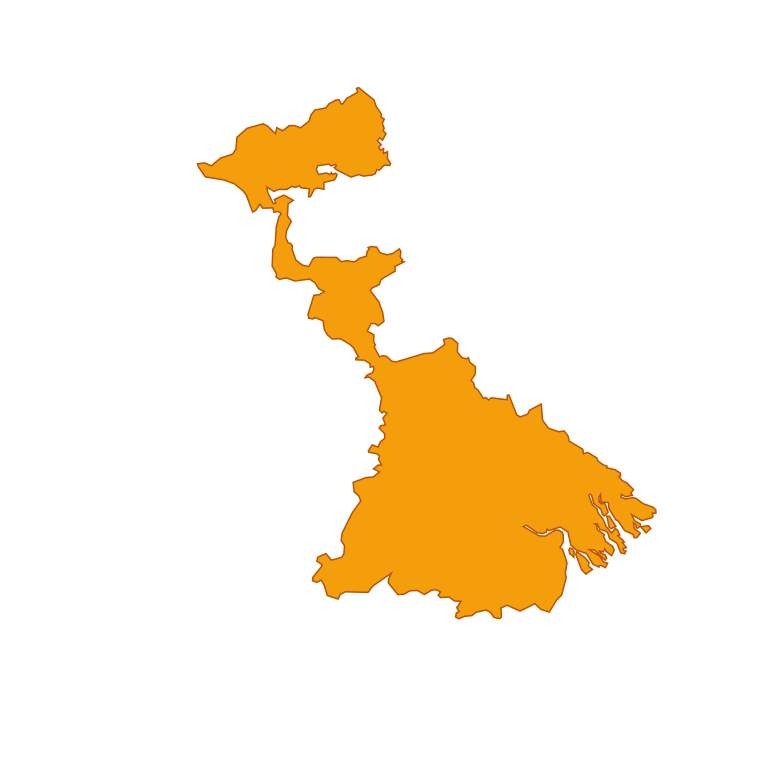 West Bengal, Mercator projection, rotated 317°
{"feature_id": "IND-3257", "entity_name": "West Bengal", "entity_type": "State", "adm_level": 1, "iso_a3": "IND", "parent_name": "India", "parent_adm1": "", "projection": "mercator", "projection_center": [88.164, 24.386], "detail": "fine", "context": "isolated", "style": "filled", "palette": "amber", "viewbox_px": 768, "rotation_deg": 317, "n_neighbors": 0, "source": "natural_earth", "source_scale": "10m", "svg_char_len": 6172}
<svg xmlns="http://www.w3.org/2000/svg" viewBox="0 0 768 768"><g transform="rotate(317 384 384)"><path d="M458.2,103.6L473.1,111.3L474.8,116.3L475.3,127.0L480.4,123.4L482.7,129.7L490.9,130.4L494.5,133.6L497.8,139.8L508.4,140.6L514.0,137.5L520.2,136.4L529.5,142.3L535.3,141.6L542.6,143.6L545.0,145.5L543.7,150.1L544.8,151.0L551.7,149.7L563.8,152.6L565.5,149.0L567.6,150.0L570.4,169.4L567.6,175.7L566.2,184.8L563.7,187.0L564.9,190.4L560.6,192.3L558.5,197.0L556.1,198.3L556.3,202.2L549.2,204.7L548.8,201.1L545.1,201.4L545.2,207.1L541.5,207.4L541.1,210.6L544.3,211.5L540.9,215.0L545.0,216.5L540.2,221.6L539.3,227.0L537.4,228.2L533.4,224.0L526.6,224.5L524.8,222.3L521.1,224.2L517.8,223.1L510.7,217.9L508.4,213.7L501.0,210.2L495.3,194.5L495.2,191.7L497.6,192.2L498.4,190.4L494.0,188.4L493.7,185.6L484.4,179.2L480.9,180.8L479.0,186.2L485.8,190.3L487.2,194.0L489.7,193.5L489.3,195.7L492.1,196.7L492.6,198.6L490.7,199.9L486.7,200.9L477.5,195.5L472.9,200.7L469.1,195.3L465.8,194.0L458.1,196.8L456.5,195.7L462.5,190.3L457.0,183.8L457.4,181.4L453.3,179.8L451.4,176.7L445.5,175.3L439.6,169.8L434.9,168.1L432.6,160.1L429.6,164.7L426.1,176.3L428.0,178.0L429.7,174.3L439.5,177.5L442.9,187.8L436.8,186.8L428.1,195.1L427.2,201.8L417.3,205.5L412.3,209.5L410.1,215.1L411.6,217.6L411.1,220.6L408.8,222.5L404.1,233.2L405.3,241.1L409.0,246.8L418.1,243.8L421.1,245.3L435.7,259.1L436.1,265.4L440.8,268.4L445.9,274.7L451.7,275.2L458.3,278.5L462.0,275.6L465.3,275.2L465.3,273.4L468.1,274.5L472.0,278.9L470.6,285.3L474.4,291.7L480.0,294.7L487.3,295.6L486.7,298.6L482.4,302.2L482.3,305.9L480.6,306.3L482.0,308.4L472.2,305.5L469.1,309.1L455.4,305.9L452.2,305.9L448.5,308.1L440.8,305.7L437.7,306.2L436.3,320.2L431.7,330.9L426.8,338.1L419.5,337.5L418.6,333.7L415.8,330.9L407.8,333.9L410.2,341.1L405.3,346.0L404.3,349.5L402.1,350.2L399.2,361.2L402.5,362.4L404.8,365.8L405.1,372.2L407.3,375.8L434.0,389.0L440.8,394.5L455.4,396.6L457.8,392.2L462.8,394.5L464.9,397.3L465.7,404.6L459.4,410.7L459.0,417.9L461.5,421.8L463.7,422.3L461.6,426.6L462.7,433.7L457.1,439.2L450.2,440.7L450.2,444.3L447.9,448.7L448.7,452.1L446.9,462.3L449.2,463.3L449.6,467.0L453.1,467.3L463.2,479.4L466.6,476.3L467.9,477.3L460.1,496.9L461.1,501.0L468.4,504.0L472.7,502.4L485.3,505.9L475.3,518.6L474.1,528.5L479.2,538.1L483.8,541.2L483.1,547.8L480.5,551.9L484.9,567.4L482.3,571.0L486.3,573.0L489.2,583.0L488.0,586.1L489.1,592.3L491.1,596.2L489.8,597.1L494.6,604.4L496.1,610.4L494.5,612.5L492.9,611.7L492.3,616.9L494.2,622.2L494.5,631.4L490.1,632.3L489.8,634.8L483.8,631.4L482.4,626.7L480.2,628.4L482.0,632.6L488.5,636.8L490.4,639.8L491.8,648.0L496.7,657.5L497.0,661.5L494.8,663.9L492.0,661.5L490.7,664.2L488.9,664.5L479.5,659.9L476.0,648.4L474.1,654.8L476.0,661.2L474.6,662.6L471.1,662.6L470.4,660.9L472.3,659.1L471.6,655.8L468.5,660.5L469.7,668.0L464.0,668.8L462.1,667.0L463.5,663.9L460.0,655.2L461.8,644.0L460.9,641.2L463.5,628.7L467.2,623.6L462.2,618.2L467.2,612.4L463.9,613.4L460.9,617.3L461.4,620.1L464.2,621.7L460.5,630.7L455.1,630.7L454.8,628.3L457.2,623.6L455.9,614.5L459.9,607.0L459.6,605.1L457.8,605.1L454.0,614.5L454.6,620.6L452.5,624.7L452.1,632.3L449.2,640.1L449.0,648.4L454.5,647.3L455.3,650.0L453.4,655.2L451.5,654.4L452.2,661.2L451.8,663.6L450.2,662.5L449.7,669.0L446.4,667.3L445.8,669.4L447.1,671.3L444.3,672.3L442.0,669.1L445.8,659.1L443.5,650.9L446.1,645.6L445.9,642.7L442.7,637.5L444.5,631.5L442.7,630.1L443.1,631.9L440.7,636.2L442.5,644.6L440.7,645.0L438.8,650.8L440.5,658.6L439.1,662.5L433.3,664.8L432.3,657.8L433.2,655.1L429.9,656.4L427.6,653.1L427.0,654.8L429.2,659.9L428.0,663.3L425.6,663.8L424.6,648.6L421.2,645.2L424.3,657.3L423.2,663.9L425.3,667.6L420.6,669.3L419.0,664.7L417.8,663.5L416.3,664.5L413.9,658.4L416.5,646.2L411.4,636.4L410.7,629.4L417.6,617.6L415.4,608.7L404.7,603.8L404.3,601.5L401.2,603.1L398.1,601.5L394.7,597.3L391.8,584.4L388.7,583.3L394.1,601.1L398.0,605.1L409.4,607.6L412.0,609.8L413.2,613.8L412.3,616.5L407.4,621.9L401.2,623.6L401.9,626.8L395.8,639.7L388.0,645.6L385.1,650.0L370.1,659.4L362.5,659.8L349.3,663.5L345.1,656.0L344.5,647.6L328.7,642.9L323.1,629.7L316.7,627.6L311.0,634.5L308.5,634.4L305.2,629.6L306.1,624.0L304.4,618.8L295.7,613.8L290.4,613.3L284.2,608.7L278.5,606.7L277.5,603.1L280.7,600.9L283.8,601.5L284.7,597.2L292.1,595.4L287.6,590.8L286.3,584.2L279.7,578.8L279.6,575.3L283.5,574.6L281.8,570.0L278.3,567.3L270.0,565.5L267.7,557.9L262.0,553.0L255.4,551.4L250.5,547.5L251.5,532.5L254.4,529.7L260.3,527.3L237.8,524.1L230.2,525.5L214.1,509.7L208.6,508.1L203.7,509.9L198.3,500.1L203.0,490.6L204.3,484.6L199.4,483.2L197.6,479.2L200.1,476.9L214.4,474.8L215.4,473.3L214.1,467.7L217.5,465.5L225.8,468.4L225.5,477.0L234.8,481.9L238.9,480.8L244.8,475.4L245.8,469.4L251.5,464.6L273.1,456.5L287.2,453.7L289.3,448.5L288.6,442.5L294.3,434.9L307.0,440.2L312.9,444.7L320.8,445.2L318.4,438.9L324.4,439.3L326.9,441.6L328.5,435.6L331.5,433.4L331.5,430.7L326.3,423.4L327.2,422.1L333.9,420.5L336.6,426.0L342.0,423.8L347.6,424.2L350.6,420.5L350.4,412.9L353.0,412.2L357.2,414.9L360.0,408.2L366.2,407.5L365.4,404.2L362.8,403.8L362.8,400.0L372.8,392.5L379.0,375.8L377.9,368.9L374.4,366.5L377.3,365.8L383.4,367.9L387.0,366.1L388.1,363.7L385.3,362.3L387.7,359.6L385.8,353.1L379.9,347.1L381.1,345.9L383.9,346.7L386.4,336.3L386.0,331.6L383.0,321.2L376.7,315.6L376.1,309.3L377.4,303.7L382.5,296.2L378.8,288.3L376.6,288.2L373.8,284.6L376.0,281.2L393.2,271.3L397.8,274.6L403.4,275.6L401.2,269.9L402.5,263.1L401.2,256.6L389.0,247.8L384.9,239.8L379.0,236.2L378.0,232.1L380.5,230.3L382.5,221.6L394.5,209.7L398.8,208.4L412.6,195.5L421.4,189.9L424.5,189.5L425.1,187.9L424.0,185.4L420.6,183.4L422.8,179.4L415.2,172.7L415.9,167.9L408.4,169.6L405.2,168.7L412.2,151.7L412.6,145.8L411.1,135.5L406.1,125.6L394.6,110.8L396.3,98.9L397.7,95.7L403.6,99.9L406.5,106.6L418.6,107.3L430.0,112.6L436.1,111.1L444.7,103.3L458.2,103.6ZM401.9,654.4L408.2,639.2L410.7,638.2L412.6,648.5L412.2,654.4L409.4,656.4L410.0,661.8L402.0,660.7L401.9,654.4ZM450.9,642.5L456.9,632.5L458.7,634.5L456.5,646.3L451.5,644.7L450.9,642.5ZM474.4,663.4L480.8,668.1L480.5,671.7L474.1,671.5L474.4,663.4ZM404.7,640.2L404.3,634.8L405.9,631.5L408.2,630.8L409.4,633.2L408.7,636.3L404.7,640.2Z" fill="#f59e0b" stroke="#b45309" stroke-width="1.5"/></g></svg>